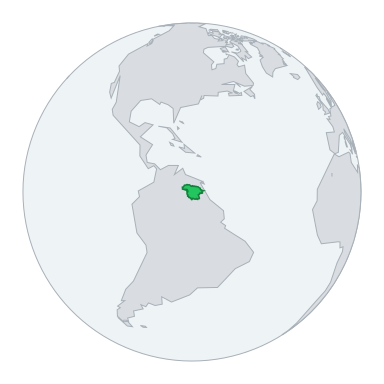 globe centered on Bolívar, rotated 23°
{"feature_id": "VEN-39", "entity_name": "Bolívar", "entity_type": "State", "adm_level": 1, "iso_a3": "VEN", "parent_name": "Venezuela", "parent_adm1": "", "projection": "orthographic", "projection_center": [-63.762, 6.004], "detail": "fine", "context": "on_globe", "style": "filled", "palette": "green", "viewbox_px": 384, "rotation_deg": 23, "n_neighbors": 0, "source": "natural_earth", "source_scale": "10m", "svg_char_len": 10725}
<svg xmlns="http://www.w3.org/2000/svg" viewBox="0 0 384 384"><g transform="rotate(23 192 192)"><circle cx="192" cy="192" r="169" fill="#eef3f6" stroke="#a8b0b8"/><path d="M97.4,52.0L101.6,49.5L104.9,47.6L105.1,47.2L108.5,45.1L109.8,44.4L114.9,41.7L117.9,40.3L120.6,39.1L120.5,38.9L123.1,37.7L124.5,37.1L124.2,37.4L131.3,34.3L138.1,32.5L133.9,37.1L141.1,36.2L146.0,41.7L149.0,40.1L152.7,41.9L157.6,40.9L157.1,42.8L161.4,40.5L160.9,39.1L162.6,37.7L165.5,37.2L165.3,39.2L163.9,39.8L165.3,40.1L164.1,41.5L166.3,40.5L165.8,43.4L170.5,39.9L173.6,41.6L172.1,43.7L166.8,44.4L150.3,52.6L147.2,55.9L148.1,59.4L161.3,63.7L160.2,67.3L162.6,71.7L165.7,69.0L165.0,64.7L171.4,61.3L169.7,57.1L172.1,55.3L172.6,51.2L178.3,51.1L183.7,53.5L183.6,57.1L186.0,58.5L190.8,54.7L195.2,61.9L206.1,67.8L206.6,70.1L199.0,74.1L187.0,74.1L177.2,81.5L189.5,76.3L190.6,82.9L193.2,84.0L196.6,83.7L198.5,81.1L200.1,83.6L188.6,89.0L187.0,86.9L190.6,85.0L185.0,85.3L177.2,90.0L178.4,93.5L165.4,98.5L166.1,101.2L163.6,104.1L163.4,99.3L163.5,108.4L148.5,118.7L148.3,135.8L142.0,122.5L135.9,121.0L128.3,121.3L128.1,124.0L118.4,122.0L109.0,127.8L104.4,141.4L106.9,151.9L117.8,152.5L121.6,146.5L129.9,145.4L122.9,161.4L137.2,163.8L135.2,175.9L139.2,182.3L146.6,180.7L154.2,183.8L160.0,176.7L169.1,172.9L169.0,182.8L174.2,173.8L179.2,178.5L197.4,178.1L196.0,180.4L211.4,192.0L228.3,196.9L232.2,204.1L230.2,208.6L236.1,209.8L236.2,212.7L260.1,216.6L272.3,223.5L272.0,233.6L261.8,245.6L252.8,269.9L234.5,278.1L230.1,287.6L216.1,301.3L205.0,300.3L208.4,306.9L202.4,310.9L195.3,311.1L194.3,315.6L189.0,315.7L192.7,318.7L184.7,324.3L187.6,328.9L182.0,333.2L184.1,335.8L181.7,335.7L179.4,336.6L179.4,338.0L171.9,335.5L169.1,329.6L171.2,326.6L168.1,326.1L172.6,318.2L169.4,319.7L169.0,307.4L172.9,296.9L174.3,265.3L170.4,258.9L157.3,251.2L141.5,226.7L145.5,216.8L142.1,212.0L153.0,197.9L150.4,184.6L146.6,182.7L142.6,187.6L129.9,179.2L125.8,169.1L89.4,152.2L86.3,147.1L87.2,139.0L80.4,112.9L80.9,137.2L77.2,132.3L75.3,123.6L77.7,121.5L78.1,109.2L75.6,104.5L79.7,89.9L93.5,72.5L93.6,75.1L96.9,71.1L97.1,67.8L96.4,66.7L108.0,52.5L110.3,46.2L105.4,48.1L110.9,45.1L97.8,51.9L96.3,52.7L97.4,52.0ZM32.3,137.0L33.6,133.2L32.8,135.6L32.3,137.0ZM146.9,141.6L163.3,150.1L153.6,151.1L155.5,149.5L151.5,146.0L143.7,142.8L135.3,144.6L146.9,141.6ZM155.3,132.1L152.4,131.5L155.3,131.4L155.3,132.1ZM95.5,66.6L96.7,68.0L95.3,72.0L93.9,71.0L95.5,66.6ZM98.7,60.0L100.2,59.7L96.3,63.4L96.7,62.4L98.7,60.0ZM101.1,50.2L101.5,50.4L100.0,51.0L101.1,50.2ZM169.4,51.6L170.9,51.4L170.0,52.2L169.4,51.6ZM168.1,50.1L165.9,51.2L165.0,50.7L166.3,50.0L168.1,50.1ZM171.0,48.8L163.6,49.7L162.0,48.8L165.9,45.5L171.0,48.8ZM159.5,38.9L160.2,40.4L157.0,39.7L159.5,38.9ZM157.1,38.9L145.0,39.8L145.4,37.7L149.4,37.7L147.9,35.8L154.1,34.2L156.3,34.9L154.8,36.5L158.3,34.8L157.1,38.9ZM163.1,37.2L160.6,37.4L160.8,35.5L165.8,34.8L164.2,35.6L163.1,37.2ZM144.5,36.2L145.5,34.9L150.8,33.2L151.9,32.6L154.3,34.0L144.5,36.2ZM165.5,35.7L168.4,34.5L170.9,35.0L165.5,36.9L165.5,35.7ZM158.7,35.4L159.1,34.6L160.5,34.8L158.7,35.4ZM181.2,36.6L178.2,36.5L178.1,35.5L181.2,36.6ZM169.3,34.1L168.4,33.9L168.0,33.6L170.4,33.0L169.3,34.1ZM157.8,32.9L159.8,32.6L157.2,32.2L161.0,31.2L161.9,32.5L163.1,31.5L164.3,31.2L163.7,32.6L157.8,32.9ZM171.6,31.5L174.0,33.2L179.6,33.3L179.8,34.2L170.8,33.9L171.6,31.5ZM167.0,32.0L169.9,31.8L168.8,32.8L166.1,33.5L167.0,32.0ZM163.3,30.2L157.2,31.3L157.2,31.1L163.3,30.2ZM173.4,31.3L172.8,30.9L173.9,31.1L173.4,31.3ZM166.7,30.2L164.5,30.6L164.6,30.2L166.7,30.2ZM173.4,29.9L174.1,30.4L172.3,30.8L173.4,29.9ZM170.5,29.9L171.1,29.3L171.2,30.7L169.5,30.1L170.5,29.9ZM167.1,29.8L166.5,29.7L168.0,29.7L167.1,29.8ZM179.7,28.3L180.3,29.9L176.3,30.7L176.3,29.0L179.7,28.3ZM184.7,340.6L172.7,336.4L179.3,338.4L183.3,336.2L189.8,339.3L184.7,340.6ZM196.7,335.0L201.6,333.8L203.0,334.5L199.9,335.6L196.7,335.0ZM327.0,90.4L327.5,91.3L322.4,85.2L318.2,79.6L327.0,90.4ZM308.2,69.3L307.8,69.0L316.4,78.0L319.3,81.0L320.7,84.3L325.7,89.9L327.7,93.2L320.0,85.0L317.3,81.7L306.9,74.5L309.9,78.1L319.9,85.4L318.9,85.2L323.1,91.0L319.0,86.4L307.3,78.3L305.5,82.3L311.2,98.4L308.5,100.9L302.5,99.3L292.4,84.9L299.6,81.1L296.1,76.8L287.8,71.8L290.7,71.3L288.2,69.1L290.2,67.8L286.4,61.5L287.5,60.1L279.4,53.8L278.9,52.5L283.8,56.4L287.8,58.8L289.6,56.5L288.1,54.9L282.7,51.2L283.9,51.4L278.4,48.1L276.3,46.0L274.3,46.2L268.0,42.7L263.1,39.7L260.6,38.8L268.5,43.8L272.0,45.9L275.6,47.5L284.7,54.3L285.5,56.1L274.6,49.7L274.4,51.8L266.0,46.7L249.9,35.0L246.5,32.8L254.5,35.0L255.0,35.2L259.2,37.0L258.5,36.9L265.2,39.7L261.7,38.1L262.5,38.5L274.8,44.7L286.6,52.0L297.7,60.2L308.2,69.3ZM331.6,287.2L330.5,288.3L334.4,282.3L339.6,271.5L348.6,244.5L353.3,230.8L354.8,221.0L353.2,200.6L353.8,188.0L352.4,183.4L350.0,185.6L347.8,180.2L346.0,180.7L331.3,189.1L324.3,182.7L309.8,161.1L310.6,151.1L306.3,140.6L308.1,101.4L313.5,102.1L320.6,94.1L322.4,94.8L327.1,102.6L336.8,109.2L333.5,102.1L336.9,105.1L336.7,104.7L342.5,115.3L347.6,126.2L351.9,137.5L355.4,149.0L358.0,160.8L359.9,172.7L360.8,184.7L360.9,196.7L360.1,208.8L358.5,220.7L356.0,232.5L352.7,244.1L348.6,255.4L343.7,266.4L338.0,277.0L331.6,287.2ZM313.4,119.8L314.7,122.9L314.7,123.0L313.4,119.8ZM198.0,178.0L200.2,179.9L197.3,180.0L198.0,178.0ZM152.0,155.0L155.6,155.3L157.4,156.8L154.6,157.3L152.0,155.0ZM182.7,155.4L186.9,156.2L182.4,157.0L182.7,155.4ZM166.0,151.2L179.3,155.1L170.6,157.9L162.2,155.6L168.1,154.8L166.0,151.2ZM153.1,137.7L155.3,138.4L154.5,140.1L153.1,137.7ZM157.4,132.2L156.5,132.3L155.5,130.9L157.4,132.2ZM191.2,82.5L192.2,82.2L195.6,82.4L193.8,83.5L191.2,82.5ZM211.4,77.6L213.5,81.7L210.8,79.3L208.8,81.3L200.6,79.1L206.4,71.1L205.2,75.0L211.4,77.6ZM191.2,74.7L195.8,76.5L190.6,74.9L191.2,74.7ZM272.3,59.8L275.2,60.5L277.7,63.2L276.3,66.4L272.6,62.4L272.3,59.8ZM278.7,61.2L268.3,54.8L268.7,53.0L270.3,55.0L271.6,54.5L274.4,57.6L285.0,62.7L287.9,65.5L283.8,69.0L283.6,66.1L280.7,65.3L278.7,61.2ZM240.8,46.1L236.3,44.6L243.1,42.6L246.6,44.3L245.4,47.2L240.7,46.9L240.8,46.1ZM179.1,43.5L177.0,43.9L177.0,43.2L178.9,42.3L179.1,43.5ZM179.8,36.6L188.6,41.2L186.6,41.8L194.2,44.4L191.8,47.2L187.0,45.3L190.8,49.7L185.5,49.1L188.7,52.0L178.1,47.5L173.5,47.6L179.6,46.4L181.9,43.7L181.5,42.6L177.0,39.7L168.1,39.1L169.0,36.8L172.0,35.4L174.3,35.2L173.0,36.6L177.0,35.4L176.8,37.3L179.8,36.6ZM206.6,27.0L204.1,27.6L212.0,27.6L211.9,28.6L212.8,28.6L214.9,29.7L219.0,31.1L218.2,31.6L220.2,31.9L221.6,32.9L224.0,33.7L223.3,34.9L226.2,36.1L224.3,36.1L229.4,37.8L225.3,37.1L226.7,38.6L230.0,38.5L220.5,45.9L219.7,50.3L221.3,54.6L214.0,53.5L207.8,49.1L203.1,43.9L204.9,40.1L201.3,40.6L201.1,39.0L204.0,39.3L199.3,38.0L199.9,36.9L195.8,33.7L188.6,33.2L186.9,32.2L190.1,31.9L186.2,31.2L190.9,30.1L189.8,29.5L193.4,28.0L200.1,28.2L198.3,27.5L201.0,26.7L206.6,27.0ZM180.9,27.8L188.9,27.2L192.7,27.6L184.9,30.1L185.2,30.8L180.3,32.9L174.8,32.4L176.7,31.7L177.3,31.1L178.8,31.5L178.0,30.7L180.6,29.9L180.7,29.1L183.3,29.1L180.9,27.8ZM321.1,91.5L321.9,91.5L322.4,90.6L325.1,94.5L321.1,91.5ZM313.3,86.0L313.5,85.2L317.5,89.8L316.7,90.1L313.3,86.0ZM310.2,81.1L313.2,84.8L311.1,83.0L310.2,81.1ZM283.6,55.7L283.5,54.9L284.8,55.7L286.4,57.2L283.6,55.7ZM230.1,29.0L228.0,28.9L227.2,28.6L221.2,27.6L220.8,27.0L224.3,27.4L230.1,29.0ZM329.1,94.6L330.4,95.6L329.8,95.6L329.1,94.6ZM228.6,28.2L226.2,27.8L227.5,27.8L228.6,28.2ZM220.2,26.6L221.2,26.4L220.1,26.8L220.2,26.6ZM216.7,25.0L219.3,25.4L218.2,25.3L216.7,25.0Z" fill="#d9dde1" stroke="#a8b0b8" stroke-width="1"/><path d="M202.2,186.3L202.0,186.5L201.9,186.6L201.5,186.6L201.4,186.6L201.4,186.8L201.3,187.0L201.2,187.1L201.0,187.4L200.9,187.4L200.9,187.5L201.0,187.7L201.1,187.8L201.2,188.1L201.1,188.3L201.2,188.5L201.4,188.7L201.5,188.5L201.8,188.5L202.1,188.7L202.1,188.8L202.0,189.0L201.9,189.1L201.4,189.4L201.1,189.5L200.9,189.7L200.7,189.7L200.4,189.6L200.3,189.8L200.2,189.8L199.9,189.8L199.7,189.9L199.6,190.0L199.5,190.3L199.6,190.5L199.6,190.8L199.6,191.0L199.8,191.2L199.7,191.4L199.6,191.5L199.3,191.7L199.2,191.8L199.1,192.0L198.9,192.2L199.0,192.3L200.9,194.3L201.0,194.4L201.3,194.9L201.3,195.1L201.2,195.2L201.1,195.5L200.9,195.6L200.5,195.8L200.4,195.8L200.3,196.0L200.2,196.3L199.8,196.4L199.6,196.4L199.4,196.4L199.2,196.3L199.2,196.5L199.3,196.6L199.2,196.6L198.8,196.7L198.6,196.7L198.6,196.8L198.6,197.0L198.4,197.1L198.2,197.2L197.8,197.2L197.7,197.4L197.5,197.5L197.4,197.5L197.2,197.4L196.9,197.6L196.7,197.6L196.1,197.4L195.9,197.4L195.8,197.5L195.6,197.5L195.5,197.8L195.2,197.8L194.9,197.8L194.9,198.0L194.9,198.3L195.0,198.5L195.0,198.8L194.9,199.1L194.6,199.2L194.4,199.2L194.2,199.0L193.9,198.6L193.7,198.5L193.5,198.2L193.4,198.1L193.2,198.0L192.9,198.1L192.9,198.3L192.7,198.3L192.4,198.1L192.0,198.1L191.8,198.1L191.7,198.1L191.3,198.3L191.2,198.3L191.1,198.2L191.0,197.8L190.9,197.6L190.6,197.5L190.2,197.5L189.6,197.6L189.4,197.3L189.4,197.1L189.5,196.9L189.4,196.8L189.4,196.4L189.3,196.2L189.2,196.2L188.9,196.1L188.5,196.1L188.1,195.5L188.0,195.4L187.9,195.2L187.7,194.5L187.6,194.4L187.5,194.2L187.8,194.1L188.0,194.0L188.0,193.9L187.9,193.7L188.0,193.5L188.0,193.4L187.9,193.4L187.7,193.1L187.7,192.8L187.7,192.7L187.1,192.7L186.9,192.8L186.7,192.9L186.5,192.6L186.5,192.4L186.6,192.2L186.7,191.8L186.7,191.7L186.1,191.6L185.9,191.7L185.9,191.9L185.5,192.4L185.5,192.6L185.4,192.6L185.1,192.6L184.9,192.8L184.7,192.8L184.6,192.6L184.6,192.3L184.5,192.2L184.4,192.2L184.1,192.5L183.9,192.7L183.8,192.8L183.4,192.9L183.0,192.9L182.8,193.0L182.6,193.1L182.4,193.1L182.3,192.9L182.2,192.8L181.9,192.8L181.9,192.7L182.1,192.2L182.0,191.8L182.0,191.7L181.9,191.6L181.7,191.6L181.4,191.6L181.2,191.4L181.3,191.3L181.5,191.3L181.5,191.2L181.7,190.9L181.8,190.9L182.0,190.7L182.1,190.4L182.1,190.1L182.2,189.9L182.3,189.8L182.4,189.7L182.4,189.3L182.4,189.2L182.3,188.8L182.5,188.6L182.8,188.4L183.0,188.4L183.3,188.2L183.5,188.1L183.9,187.8L183.9,187.7L184.0,187.6L184.2,187.3L184.4,187.2L184.5,187.1L184.8,187.2L185.1,187.0L185.5,187.1L185.9,186.8L186.1,186.6L186.5,186.4L186.8,186.4L187.0,186.5L187.5,186.5L187.8,186.6L188.0,186.6L188.4,186.8L188.6,187.0L188.8,187.1L189.1,187.0L189.2,186.9L189.4,186.8L189.5,186.8L189.8,186.8L189.9,186.7L189.7,186.4L189.7,186.2L189.8,186.1L190.0,186.1L190.3,186.1L190.4,185.9L190.5,185.9L190.8,186.1L191.0,186.2L191.3,186.2L191.5,186.1L191.8,185.8L191.9,185.7L192.0,185.8L192.1,185.7L192.3,185.6L192.6,185.7L192.8,185.7L193.0,185.5L193.3,185.5L193.4,185.3L193.5,185.3L193.6,185.2L193.9,185.2L194.0,185.2L194.3,185.2L194.3,185.3L194.5,185.3L194.7,185.2L194.8,185.1L195.0,185.0L195.4,184.8L196.2,185.1L196.4,185.2L198.2,185.3L198.2,185.5L198.3,185.8L198.9,186.5L199.0,186.6L199.4,186.6L199.5,186.5L199.7,186.4L199.8,186.4L200.0,186.3L200.7,186.8L200.9,186.6L201.2,186.4L201.3,186.4L202.2,186.3Z" fill="#22c55e" stroke="#15803d" stroke-width="1.5"/></g></svg>